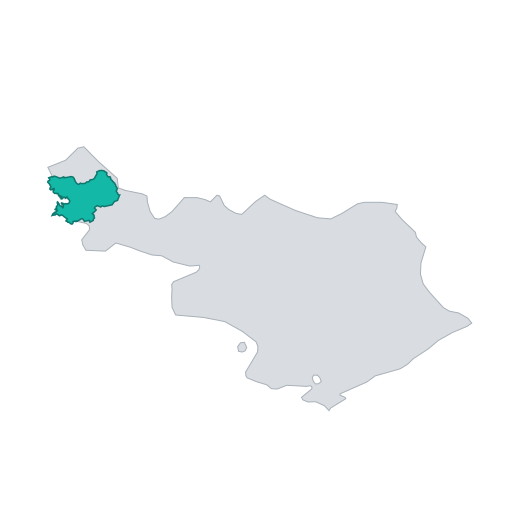 Kapan, Syunik, Armenia shown in context, rotated 156°
{"feature_id": "60910142B33530441096586", "entity_name": "Kapan", "entity_type": "district", "adm_level": 2, "iso_a3": "ARM", "parent_name": "Armenia", "parent_adm1": "Syunik", "projection": "orthographic", "projection_center": [46.399, 39.181], "detail": "fine", "context": "in_parent", "style": "filled", "palette": "teal", "viewbox_px": 512, "rotation_deg": 156, "n_neighbors": 0, "source": "geoboundaries", "source_scale": "gbopen_adm2", "svg_char_len": 7404}
<svg xmlns="http://www.w3.org/2000/svg" viewBox="0 0 512 512"><g transform="rotate(156 256 256)"><path d="M223.4,308.0L219.8,301.9L201.5,281.6L184.4,266.0L172.7,259.5L160.7,259.9L142.0,262.4L135.2,261.0L119.2,253.9L106.0,245.6L107.9,242.4L110.8,240.1L107.7,229.7L100.8,213.0L101.7,207.9L99.6,200.7L97.1,195.2L108.1,182.6L113.2,172.4L114.6,162.3L112.1,151.7L105.8,132.6L101.7,126.9L94.0,121.5L87.7,112.9L86.2,106.9L91.8,105.9L108.0,106.2L123.8,104.7L136.2,101.1L154.1,98.2L161.5,95.5L170.1,94.3L196.0,98.0L205.8,95.8L235.1,95.9L235.9,94.7L232.0,90.6L232.0,89.1L249.5,86.8L252.2,85.0L254.4,91.4L260.8,98.6L267.9,101.5L271.7,105.5L271.9,108.4L259.1,111.9L258.2,113.6L259.1,115.4L262.8,116.3L280.5,125.4L290.6,125.8L295.9,128.5L298.5,133.9L306.9,141.2L313.6,148.2L314.0,150.6L312.7,154.2L293.6,167.7L291.1,172.4L290.8,177.4L299.0,192.4L311.1,208.7L328.9,221.2L353.4,234.8L353.6,243.1L349.7,253.0L346.3,259.6L344.7,264.2L341.7,266.1L317.1,265.5L313.4,267.0L311.8,269.0L311.7,270.6L320.5,273.7L334.2,284.3L342.1,294.6L350.4,299.1L359.6,307.4L367.1,315.0L378.7,324.9L391.6,321.7L409.0,330.4L409.7,336.4L408.6,341.7L397.7,347.5L396.4,349.9L396.4,351.9L397.8,354.8L404.2,359.5L411.8,366.6L420.3,377.1L416.5,380.2L408.6,380.7L402.4,379.4L400.2,381.5L400.3,385.0L408.4,393.0L410.0,398.8L409.6,409.0L410.1,421.7L391.1,420.9L374.9,427.0L368.8,425.8L364.8,414.9L361.4,406.1L351.2,383.4L354.1,374.2L348.4,368.8L334.7,359.1L331.2,355.1L333.2,349.6L334.6,339.7L333.3,331.6L329.6,329.1L322.8,328.9L314.5,330.8L297.7,338.5L286.1,333.3L279.5,328.2L275.7,324.0L266.9,327.4L264.8,325.6L264.5,315.2L262.0,309.6L256.9,303.0L252.1,299.8L234.2,306.0L223.4,308.0ZM254.0,122.1L254.6,118.4L253.8,115.0L251.0,113.9L247.5,114.7L247.2,118.4L248.2,122.0L251.7,123.7L254.0,122.1ZM309.6,180.7L305.5,183.0L301.7,181.9L301.7,176.1L304.5,173.8L307.7,173.9L310.7,176.0L309.6,180.7Z" fill="#d9dde1" stroke="#a8b0b8" stroke-width="1"/><path d="M413.6,411.8L413.6,411.4L413.2,410.8L413.2,410.4L413.2,409.4L413.3,409.3L413.7,409.3L413.9,409.2L414.6,409.2L415.3,409.1L415.9,408.6L416.2,408.3L416.2,407.9L416.1,407.7L415.7,406.7L415.6,406.4L415.5,406.2L415.5,405.8L415.3,405.4L415.3,405.1L415.2,404.9L415.2,404.7L415.3,404.5L415.4,404.3L415.4,403.9L415.2,403.7L415.1,403.3L415.3,402.9L415.5,402.3L416.1,402.0L416.5,401.9L416.7,401.7L416.9,401.2L417.1,400.7L416.7,400.3L416.7,400.2L416.6,399.9L415.9,399.9L415.8,399.7L415.6,399.7L415.1,399.9L414.9,399.9L414.7,399.8L414.2,399.8L413.8,399.8L413.4,400.0L413.1,399.9L412.9,399.6L412.9,399.4L413.2,398.9L413.8,398.5L414.0,398.5L414.3,398.6L414.5,398.6L414.5,398.0L414.8,397.8L414.9,397.7L415.1,397.3L415.2,396.9L415.2,396.7L415.0,396.3L414.8,395.8L414.6,395.2L414.3,395.0L413.0,394.6L412.8,394.1L412.7,394.1L412.4,394.0L412.2,393.9L411.7,393.9L411.4,393.6L411.4,393.4L411.6,393.1L411.8,392.1L411.6,391.5L411.7,391.2L411.3,391.0L411.1,390.9L411.1,390.7L410.8,391.2L410.7,391.2L410.6,390.6L410.5,390.1L410.4,390.0L410.2,389.9L409.4,389.8L409.3,389.2L410.2,388.9L410.5,388.8L410.8,388.8L410.8,388.2L410.7,387.9L410.7,387.6L410.8,387.4L410.7,387.3L409.7,387.3L409.6,387.1L409.4,387.1L409.1,387.3L408.9,387.5L408.6,387.7L408.4,387.8L408.0,387.9L407.5,387.8L407.2,387.7L406.7,387.3L406.6,387.2L406.8,386.2L405.8,386.2L405.4,386.4L404.9,386.8L404.6,386.9L404.6,386.1L404.4,385.9L404.4,385.4L404.5,384.7L404.4,384.5L404.1,384.2L404.0,383.8L404.0,383.7L403.9,383.1L403.8,382.6L403.7,382.1L404.9,380.8L405.2,380.5L405.5,380.3L405.9,380.2L406.1,380.2L406.7,380.5L406.9,380.5L407.1,380.4L407.3,380.4L408.0,380.7L408.3,381.1L408.5,381.1L408.9,381.4L409.6,381.4L409.8,381.4L409.9,381.5L410.2,381.5L410.4,381.7L410.5,381.8L410.4,382.0L411.1,382.7L411.2,382.9L411.8,383.4L412.0,383.6L412.3,383.5L412.0,383.0L411.6,382.7L412.2,382.1L412.3,381.9L412.2,381.8L411.5,381.6L411.0,381.2L411.3,380.8L411.4,380.3L411.5,380.2L412.0,379.8L412.2,379.3L412.3,379.0L412.6,378.7L412.8,378.6L413.0,379.1L413.3,380.2L413.4,380.6L413.5,380.8L414.0,381.0L414.4,381.1L414.5,381.3L414.7,382.1L414.7,383.2L414.7,383.7L414.9,384.0L415.1,384.7L415.0,384.9L415.0,385.1L415.1,385.5L415.2,386.1L415.3,386.2L415.5,386.1L416.0,385.3L416.1,385.1L416.0,384.9L415.8,384.7L415.9,384.2L416.0,384.0L416.0,383.8L416.2,383.6L417.0,382.9L417.7,382.6L418.4,382.2L418.7,381.7L418.7,381.4L418.6,381.1L418.6,380.7L418.8,380.5L419.0,380.5L419.1,380.4L419.2,380.2L419.3,380.0L419.5,380.3L419.8,380.5L420.0,380.5L420.3,380.5L420.6,380.4L420.7,380.2L420.5,379.8L420.0,379.5L419.3,379.3L419.1,379.1L419.0,378.9L419.0,378.5L419.4,378.0L419.5,378.0L419.8,378.0L420.0,378.0L420.5,377.9L421.0,377.5L421.1,377.4L421.3,377.3L421.9,377.8L422.0,377.7L422.1,377.4L422.3,377.4L422.6,377.5L422.6,377.4L423.1,377.2L423.5,377.2L423.8,377.2L424.1,377.2L424.3,377.2L424.6,376.9L424.8,376.4L425.3,376.3L425.5,376.3L425.8,376.0L425.7,376.0L424.9,375.8L423.8,375.6L423.6,375.5L423.0,375.4L422.9,375.2L422.7,375.2L422.6,375.3L422.3,375.4L422.2,375.3L421.7,375.5L421.2,375.6L420.7,375.1L420.4,374.7L420.1,374.3L419.8,374.1L419.7,373.9L419.8,373.5L419.6,373.2L419.1,372.6L418.8,372.5L417.8,372.8L417.4,372.8L417.0,372.7L416.8,372.6L416.8,372.2L416.7,372.1L416.4,372.0L416.2,371.8L415.8,371.2L415.7,370.8L415.2,369.7L414.0,367.7L413.3,366.6L413.3,366.4L413.5,366.2L414.6,365.9L415.1,365.7L415.3,365.1L415.2,365.0L414.8,364.8L414.5,364.2L414.3,364.1L414.2,364.0L414.2,363.6L414.2,363.4L413.6,363.0L413.4,362.9L413.2,362.8L412.8,362.4L412.7,362.2L412.5,361.4L412.3,361.1L411.9,360.5L411.5,360.2L411.0,360.0L410.8,360.0L410.1,360.4L409.9,360.5L409.6,360.7L409.5,360.9L409.3,361.7L409.1,361.8L407.7,361.8L407.6,361.7L407.6,361.4L406.9,360.9L406.5,360.9L406.3,361.1L406.0,361.1L405.8,361.0L405.5,361.0L405.4,360.8L405.8,360.7L405.7,360.4L400.0,361.0L398.9,359.8L398.7,357.4L394.0,356.5L394.0,354.4L390.2,354.7L389.6,355.8L388.0,356.5L387.8,358.4L387.3,359.1L388.3,361.3L386.0,361.9L383.2,363.1L384.1,365.5L383.1,366.2L380.6,366.6L377.9,363.9L376.1,364.4L374.5,362.9L366.7,361.3L363.1,363.4L359.9,363.1L355.7,367.2L356.0,367.3L356.5,367.4L356.8,368.0L356.9,368.3L356.9,368.6L357.0,368.7L357.1,368.9L357.1,369.1L356.9,369.3L356.8,369.7L357.2,370.5L357.3,371.7L357.2,371.9L357.2,372.3L357.1,372.5L356.8,372.7L356.4,372.8L356.4,373.0L356.2,373.2L355.4,373.8L355.3,374.0L355.2,374.3L355.3,374.7L355.3,374.9L355.4,375.4L355.4,375.7L355.5,375.9L355.5,376.3L355.6,376.6L355.7,376.9L355.7,377.1L355.4,377.7L355.3,378.0L355.3,378.3L355.4,378.9L355.6,379.2L355.6,379.5L355.5,379.9L355.5,380.1L355.6,380.4L356.0,380.9L356.1,381.6L356.2,381.8L356.5,382.1L356.7,382.5L356.6,383.1L356.8,383.8L357.3,384.6L357.3,384.8L357.3,385.1L357.5,385.6L357.4,385.8L357.1,386.1L357.1,386.4L357.1,386.7L357.0,387.6L357.4,387.9L357.7,388.0L358.1,388.0L358.5,388.3L358.8,388.4L359.1,389.1L359.2,389.5L359.3,389.8L359.3,390.1L359.3,390.4L359.4,390.7L359.3,391.2L359.3,391.5L359.0,391.8L358.5,392.3L358.4,392.4L358.6,392.7L358.7,392.9L358.7,393.3L359.0,393.6L359.1,393.8L359.6,394.1L359.6,394.4L359.7,394.6L359.8,394.8L360.0,395.4L360.2,395.6L360.5,395.8L360.9,396.0L361.9,396.8L362.2,396.9L362.4,397.1L362.7,397.1L363.9,397.4L364.1,397.7L367.3,397.6L367.8,395.8L369.8,394.4L372.3,392.5L374.0,392.3L376.6,393.0L378.4,391.8L380.6,392.5L382.7,391.8L386.1,393.2L386.8,394.0L388.9,393.5L390.1,394.9L390.6,396.6L390.7,398.5L390.6,400.7L391.0,402.5L392.7,403.8L396.3,404.6L399.5,405.5L399.4,406.5L403.4,406.7L407.0,410.4L408.1,411.1L409.7,410.8L410.2,411.5L413.6,411.8Z" fill="#14b8a6" stroke="#0f766e" stroke-width="1.5"/></g></svg>